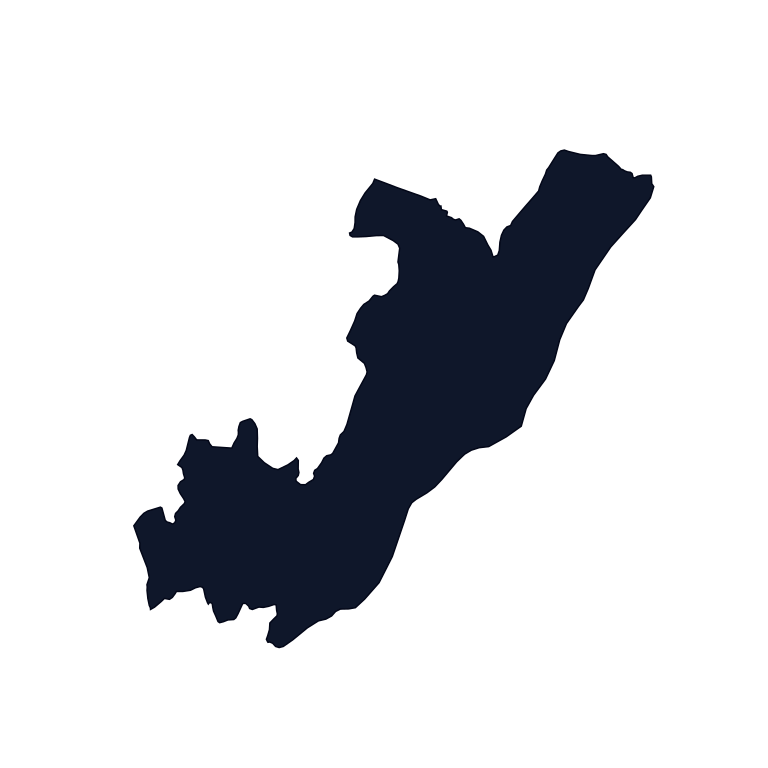 an SVG outline of Republic of the Congo, rotated 20°
{"feature_id": "COG", "entity_name": "Republic of the Congo", "entity_type": "country or territory", "adm_level": 0, "iso_a3": "COG", "parent_name": "Africa", "parent_adm1": "", "projection": "equal_earth", "projection_center": [14.374, -0.658], "detail": "fine", "context": "isolated", "style": "filled", "palette": "ink", "viewbox_px": 768, "rotation_deg": 20, "n_neighbors": 0, "source": "natural_earth", "source_scale": "50m", "svg_char_len": 4037}
<svg xmlns="http://www.w3.org/2000/svg" viewBox="0 0 768 768"><g transform="rotate(20 384 384)"><path d="M197.4,602.8L200.4,592.4L202.6,587.6L205.3,584.3L216.0,576.2L217.7,576.5L225.1,587.0L227.5,587.9L230.1,587.6L233.2,588.0L234.8,586.0L235.0,583.2L232.7,580.2L232.4,576.9L234.0,573.4L234.9,569.5L237.2,564.8L237.4,562.6L235.0,560.3L230.0,556.6L226.5,553.1L225.2,549.8L226.2,545.5L228.9,542.0L228.7,540.1L226.3,537.0L224.5,533.7L222.7,531.6L217.7,530.3L218.6,525.8L220.5,519.2L220.9,514.1L219.5,500.8L219.6,498.4L221.0,497.1L224.0,498.6L227.1,500.6L235.3,497.7L238.2,497.3L240.6,499.8L243.9,501.8L262.9,496.3L263.3,490.6L264.4,485.5L264.5,481.7L263.7,479.2L262.8,477.3L262.2,473.5L262.2,469.4L264.0,467.4L270.1,462.5L272.0,462.7L276.2,465.4L280.2,469.6L283.7,478.4L286.2,486.0L290.1,495.2L298.4,498.9L308.3,501.3L313.7,500.7L321.3,492.9L325.7,486.7L327.1,483.4L329.6,485.1L332.4,493.2L334.3,496.3L334.7,499.3L333.4,503.0L334.7,505.4L340.0,507.1L344.7,505.5L346.8,502.2L350.3,497.9L350.3,494.3L348.4,492.0L348.4,488.8L350.4,486.2L352.3,479.3L352.9,474.2L354.7,471.0L358.2,468.8L359.5,466.8L361.4,454.8L360.4,450.4L360.4,446.8L362.6,442.3L363.0,434.7L362.1,422.4L361.5,414.0L360.8,405.1L362.5,393.5L364.3,381.4L364.0,378.4L361.5,374.7L358.5,371.3L350.6,368.5L347.7,364.1L345.4,359.5L343.8,358.0L335.2,356.1L333.3,353.5L334.1,345.9L334.9,334.8L334.6,327.0L336.1,320.8L337.8,316.1L341.6,311.1L343.6,305.3L344.7,303.8L351.8,302.8L354.4,300.4L356.5,297.9L357.3,294.6L359.8,289.1L362.0,285.3L362.2,282.8L361.7,279.3L359.6,272.4L357.0,266.6L355.4,264.6L352.3,251.0L349.3,247.8L343.6,246.1L332.9,244.6L326.4,247.0L316.6,251.6L309.0,254.7L304.1,256.5L301.3,256.0L300.0,253.9L301.9,252.2L302.8,248.1L301.6,242.2L299.7,236.8L298.6,229.2L299.1,219.7L300.9,210.9L304.9,199.4L305.1,194.7L317.1,194.8L329.0,195.0L342.0,194.9L354.6,194.8L364.4,195.2L369.2,192.2L373.7,196.7L375.9,197.7L376.6,197.3L378.3,200.5L383.9,200.1L384.8,200.9L385.3,204.7L390.5,204.6L393.0,205.5L395.1,205.4L398.1,203.1L400.3,203.9L404.2,206.8L407.0,209.3L411.0,208.4L420.1,208.9L427.1,211.2L434.1,217.9L438.8,221.7L443.0,227.3L444.5,226.3L446.0,224.7L446.8,224.1L446.7,219.2L444.4,211.0L443.5,204.1L444.0,198.4L445.8,194.3L448.8,191.8L449.1,187.9L449.1,187.4L452.5,178.2L455.9,169.1L460.0,158.5L463.3,149.7L462.9,145.4L463.2,138.9L463.9,131.6L463.7,127.3L464.7,124.4L467.0,113.6L468.4,107.3L470.4,104.5L473.5,102.5L478.0,102.4L489.9,101.1L500.9,98.3L504.6,97.0L511.5,92.5L514.2,92.3L516.5,94.0L529.9,99.2L533.6,101.2L534.9,100.9L537.0,101.4L540.1,101.5L543.1,100.8L545.1,101.4L547.6,104.9L549.2,104.5L551.4,102.0L555.4,99.4L563.2,96.6L564.4,97.9L567.1,104.2L570.0,106.3L570.6,118.0L566.8,132.6L564.1,143.5L556.7,161.5L550.2,177.7L543.3,204.6L543.3,224.4L542.6,236.8L540.3,244.3L534.8,264.8L534.0,282.3L536.0,303.8L534.1,324.1L528.4,343.4L526.0,358.5L527.4,376.7L516.9,391.9L503.8,407.0L495.2,411.3L488.6,416.4L483.9,422.2L482.3,425.3L478.9,432.3L471.0,453.9L466.9,463.4L461.6,471.5L453.6,481.4L450.7,486.1L449.5,492.9L450.0,505.3L450.8,543.3L449.5,554.3L447.3,572.4L439.4,592.7L433.6,604.0L427.7,607.4L420.0,610.4L416.3,614.3L414.1,619.9L409.8,624.8L403.4,629.0L395.4,639.3L385.7,655.7L379.1,665.1L375.6,667.5L371.9,667.7L368.1,665.7L364.9,665.5L363.3,666.4L362.3,665.6L360.8,664.1L360.8,660.3L360.4,654.1L358.5,647.6L360.8,642.4L362.7,638.5L362.4,636.5L360.4,633.2L358.2,628.4L356.1,628.8L351.6,632.4L347.0,635.2L342.7,636.4L339.3,639.3L337.4,640.9L334.5,640.9L332.9,639.1L329.3,637.5L327.4,638.0L326.3,638.8L325.8,644.8L325.4,649.8L324.7,654.5L323.4,656.7L318.0,659.1L314.4,662.3L311.2,664.5L309.3,664.0L305.4,659.7L301.5,655.7L299.4,652.3L298.2,650.0L297.4,648.9L294.9,648.7L294.2,650.9L293.0,649.9L289.1,645.4L284.6,638.2L283.0,637.1L280.5,637.2L276.6,639.9L272.7,644.0L265.8,647.8L259.9,649.9L259.4,652.5L258.1,656.9L256.1,659.7L251.0,660.6L249.1,664.5L244.7,672.2L241.7,675.7L241.0,674.2L239.2,672.4L235.5,666.4L231.9,659.0L230.9,655.7L229.9,653.7L229.7,646.3L224.3,637.5L210.6,621.8L209.1,617.1L197.4,602.8Z" fill="#0f172a" stroke="#020617" stroke-width="1.5"/></g></svg>